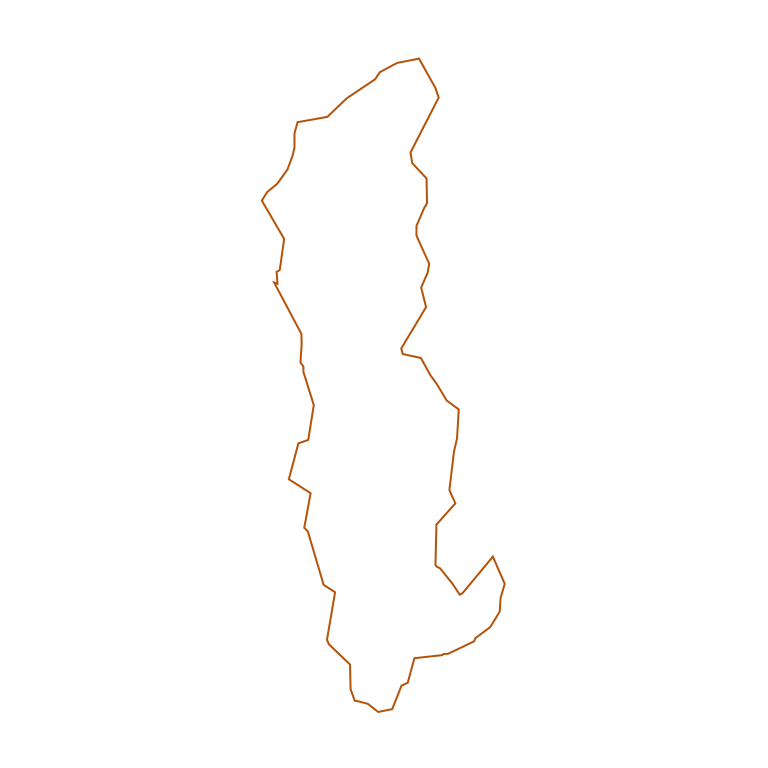 the district of Nsit Ibom, Akwa Ibom, Nigeria, rotated 185°
{"feature_id": "59680162B17891920174093", "entity_name": "Nsit Ibom", "entity_type": "district", "adm_level": 2, "iso_a3": "NGA", "parent_name": "Nigeria", "parent_adm1": "Akwa Ibom", "projection": "equal_earth", "projection_center": [7.878, 4.905], "detail": "fine", "context": "isolated", "style": "outline", "palette": "amber", "viewbox_px": 768, "rotation_deg": 185, "n_neighbors": 0, "source": "geoboundaries", "source_scale": "gbopen_adm2", "svg_char_len": 1249}
<svg xmlns="http://www.w3.org/2000/svg" viewBox="0 0 768 768"><g transform="rotate(185 384 384)"><path d="M492.9,637.3L495.0,626.0L493.8,611.5L495.0,603.3L498.9,589.2L507.9,574.1L517.1,565.0L521.7,556.1L496.1,519.8L497.8,488.3L500.8,486.4L498.8,474.6L502.3,475.5L470.6,426.6L469.5,416.4L469.1,398.1L465.8,394.3L465.4,389.2L452.1,356.8L454.6,321.7L464.1,317.4L470.5,280.8L447.6,268.8L450.9,233.8L447.0,230.5L426.6,178.6L414.6,172.3L418.5,124.2L416.1,119.8L393.4,101.6L390.7,77.2L385.6,66.0L381.0,65.5L372.3,64.0L361.2,56.8L347.5,60.8L340.3,84.9L340.2,85.0L334.3,88.5L329.8,113.5L302.2,119.0L301.7,119.6L301.1,120.3L298.6,120.5L296.9,120.7L271.8,135.5L270.7,138.9L256.9,151.2L248.9,167.3L249.2,181.1L246.3,195.4L260.5,221.5L287.6,182.4L290.2,180.7L298.2,190.8L312.2,205.4L315.4,206.5L317.0,208.3L319.5,248.6L302.5,271.3L309.6,283.9L308.4,322.8L306.5,336.2L307.3,365.2L320.1,373.0L331.6,388.8L338.7,397.0L349.5,413.1L367.9,415.5L369.9,420.9L348.8,464.3L355.4,483.4L350.3,498.5L349.4,507.6L364.6,534.7L365.4,544.4L359.3,562.9L356.9,567.7L359.5,592.4L375.1,606.5L377.8,616.9L354.5,674.1L358.6,683.4L377.5,711.2L398.6,705.1L403.3,702.2L415.4,694.2L419.4,686.8L445.9,665.5L463.7,645.2L492.9,637.3Z" fill="none" stroke="#b45309" stroke-width="2"/></g></svg>